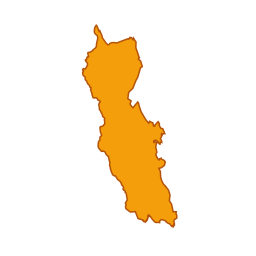 Ezeres pag., Saldus, Latvia, rotated 74°
{"feature_id": "27541924B94087058681493", "entity_name": "Ezeres pag.", "entity_type": "district", "adm_level": 2, "iso_a3": "LVA", "parent_name": "Latvia", "parent_adm1": "Saldus", "projection": "equal_earth", "projection_center": [22.341, 56.433], "detail": "fine", "context": "isolated", "style": "filled", "palette": "amber", "viewbox_px": 256, "rotation_deg": 74, "n_neighbors": 0, "source": "geoboundaries", "source_scale": "gbopen_adm2", "svg_char_len": 5818}
<svg xmlns="http://www.w3.org/2000/svg" viewBox="0 0 256 256"><g transform="rotate(74 128 128)"><path d="M20.5,130.2L21.2,131.2L22.5,132.3L24.1,133.1L25.6,133.7L26.5,133.9L27.4,133.8L29.0,133.3L30.5,132.2L31.1,132.1L32.4,132.1L33.7,132.5L34.7,133.0L37.5,134.6L39.3,135.4L40.8,135.9L41.6,136.6L41.9,137.0L42.4,137.9L43.0,139.5L43.4,140.2L43.8,140.5L44.1,141.3L44.2,142.0L44.7,143.2L44.6,144.4L44.4,145.3L44.5,145.7L44.8,145.9L45.4,146.1L46.6,146.2L48.1,146.1L48.7,146.4L48.8,146.7L48.4,147.1L48.4,147.4L49.4,148.4L50.8,148.9L50.9,149.3L50.7,149.7L50.7,149.9L50.8,150.2L51.0,150.3L51.4,150.3L52.1,150.1L52.7,150.0L53.4,149.5L54.7,149.2L55.5,149.3L56.0,149.5L56.4,149.7L56.9,150.1L57.3,150.6L58.0,151.1L58.7,152.0L59.4,152.5L59.5,153.2L59.5,153.3L59.2,153.7L58.8,154.0L58.6,154.2L59.0,155.3L59.4,155.6L59.9,155.6L60.7,155.2L61.3,155.2L61.7,155.5L61.7,156.0L62.1,156.3L64.3,156.6L64.9,156.6L65.8,156.2L66.9,155.4L67.3,155.2L67.7,155.2L68.6,155.6L70.0,155.7L71.1,155.0L74.3,154.5L76.5,153.4L78.2,153.3L78.4,153.2L78.7,152.6L79.1,152.4L79.7,152.5L80.6,153.4L80.9,153.5L81.7,153.3L83.5,153.3L84.1,153.2L85.2,153.1L85.7,153.3L86.2,153.4L87.6,153.2L89.1,153.3L89.7,152.6L89.9,152.2L89.9,151.5L90.0,150.5L90.2,150.2L90.7,149.8L91.7,149.3L92.4,149.3L93.1,149.1L93.4,148.7L93.6,148.3L93.9,147.8L94.3,147.5L94.8,147.5L95.4,147.7L95.7,148.4L97.1,149.5L97.9,149.7L100.3,149.9L101.7,150.3L102.0,150.4L102.5,150.3L104.0,149.7L105.6,149.6L108.0,149.0L108.8,149.0L109.5,149.2L109.9,149.2L110.3,149.0L111.5,148.0L112.2,147.8L112.5,147.9L113.4,148.4L115.7,148.8L116.2,148.8L117.2,149.1L117.8,149.5L118.0,149.7L118.1,150.2L118.5,150.6L119.1,151.4L119.1,151.6L119.1,151.8L119.3,152.2L119.4,152.7L119.3,153.0L119.0,153.5L119.3,154.4L119.5,154.7L120.1,154.9L120.7,154.9L121.5,155.2L124.1,155.6L127.5,155.3L127.8,155.5L128.4,156.0L128.6,156.8L128.8,157.2L129.5,157.6L131.7,158.3L132.2,158.6L132.3,158.9L132.3,159.2L132.4,159.4L133.4,160.3L135.7,161.3L137.8,161.8L138.9,161.8L139.9,161.5L140.9,160.9L141.3,160.6L142.1,160.6L142.9,160.0L143.1,159.9L143.3,159.5L143.4,159.0L143.3,158.5L143.4,158.1L144.0,157.4L144.4,157.0L145.1,156.6L146.9,156.4L147.7,156.1L149.4,155.2L149.9,154.7L150.4,154.7L151.3,154.8L152.3,154.8L154.1,155.0L155.1,155.0L155.7,154.8L157.4,155.5L158.9,155.9L159.2,156.1L160.9,155.8L161.9,156.1L163.0,156.2L164.5,156.0L166.2,156.0L167.9,155.7L168.9,155.5L169.2,155.3L170.2,154.4L170.5,153.8L170.5,153.5L170.8,153.2L174.0,152.3L175.0,151.9L176.5,150.7L177.5,150.2L178.6,150.0L179.9,149.5L180.2,149.5L180.6,149.8L180.9,149.8L181.8,149.2L183.6,148.7L184.1,148.7L184.8,149.0L185.0,149.5L185.6,149.6L185.9,149.5L186.2,149.4L186.3,149.2L186.9,149.0L187.0,148.9L186.9,148.6L187.2,148.3L187.5,148.2L188.1,148.1L188.5,148.3L189.3,148.5L189.4,148.4L189.5,148.0L189.6,147.9L190.6,147.8L196.1,148.4L196.8,148.6L197.2,148.9L198.1,149.8L198.5,150.1L199.2,151.0L199.5,151.2L199.8,151.3L200.6,150.9L200.9,150.9L201.6,151.2L202.6,152.0L203.0,152.1L203.8,152.1L204.8,152.3L207.1,150.7L207.9,150.0L208.7,149.6L209.6,148.5L209.9,146.4L210.1,145.6L210.4,144.0L217.9,143.3L219.8,140.1L220.7,139.1L220.8,139.4L221.0,139.4L221.6,138.8L222.2,138.7L222.3,138.6L222.4,138.1L222.7,137.9L222.6,137.5L222.9,137.4L222.6,137.2L222.9,136.9L222.8,136.1L221.8,135.8L221.4,135.5L221.4,135.3L221.8,135.1L221.8,134.9L221.2,134.5L220.3,134.4L220.2,134.3L220.3,133.9L220.2,133.7L219.7,133.6L219.5,133.4L218.2,133.3L217.7,133.1L217.8,132.9L218.4,132.9L218.6,132.4L218.9,131.9L218.8,131.7L218.5,131.7L217.6,131.9L217.4,131.9L217.4,131.7L218.6,131.4L219.3,130.9L222.7,129.7L225.6,128.2L226.0,127.8L226.6,127.1L227.0,125.0L227.7,123.7L225.9,123.0L225.2,121.2L226.8,118.4L228.0,117.4L228.0,117.1L228.5,117.0L228.9,117.1L229.2,116.8L229.8,116.4L230.8,115.6L231.0,115.3L231.2,114.8L231.9,114.2L233.7,113.5L234.2,113.1L234.7,113.0L235.1,112.4L235.0,112.1L235.4,112.0L235.5,111.9L235.2,111.7L234.8,111.7L235.0,111.5L234.7,111.3L234.2,111.1L234.5,111.0L234.5,110.8L234.1,110.7L234.1,110.4L233.6,110.4L233.7,110.1L233.0,110.1L232.8,109.8L232.5,109.9L229.0,109.2L229.0,109.3L228.1,106.0L225.6,105.2L223.6,105.5L221.8,104.7L220.9,107.7L213.3,107.1L209.3,108.3L204.3,106.2L203.7,106.1L198.9,106.2L194.2,108.0L194.3,108.2L193.5,108.5L191.3,109.5L188.3,110.1L184.4,110.2L180.8,109.4L179.2,108.9L177.9,109.0L175.2,109.5L175.4,107.0L174.4,104.4L174.2,103.7L173.8,103.2L170.9,101.5L169.2,102.1L166.8,104.8L166.2,104.6L166.3,105.1L166.2,105.3L166.2,105.9L167.2,106.5L167.0,107.3L166.4,107.5L165.4,107.9L164.4,108.0L164.3,108.4L161.0,108.5L159.2,106.9L153.9,106.6L150.9,105.1L150.2,104.1L149.0,105.5L149.2,107.0L147.7,107.0L147.2,105.0L148.7,103.4L152.1,102.2L152.3,101.5L150.7,101.0L150.9,99.9L151.2,99.5L149.5,99.3L148.4,99.5L147.4,99.9L146.7,99.3L146.5,99.0L145.4,98.0L144.5,98.0L144.5,97.4L142.9,97.5L142.6,97.2L143.6,96.4L143.2,95.9L143.6,94.2L142.4,94.5L141.7,94.3L139.0,94.8L138.8,94.6L138.0,95.1L137.4,96.5L137.2,96.6L133.8,97.3L132.9,96.7L132.5,96.6L130.2,97.3L132.6,101.3L133.6,101.7L133.3,102.8L133.2,102.9L129.9,102.7L128.7,104.2L127.5,105.3L129.1,106.7L125.0,108.6L116.2,110.9L109.9,111.2L107.2,111.0L106.4,111.2L105.7,111.5L109.9,117.7L107.6,118.9L105.4,119.4L102.8,117.5L99.8,120.1L94.0,117.6L92.1,114.2L91.3,112.5L87.4,109.5L86.0,108.5L86.0,108.4L84.1,106.9L81.8,104.6L73.6,99.4L73.3,98.4L73.3,98.0L72.9,97.6L72.7,97.3L67.1,97.4L64.8,99.0L63.8,98.5L63.6,97.7L62.4,98.0L62.2,97.9L56.7,98.1L54.7,98.3L52.5,98.2L47.6,96.6L46.8,96.9L43.3,97.9L44.7,98.6L44.7,98.8L44.1,99.1L42.5,99.5L41.8,100.1L42.2,100.8L41.6,101.2L42.4,102.1L42.6,102.9L42.3,102.9L42.4,103.6L42.2,103.8L43.1,114.9L43.0,115.8L42.9,116.2L41.9,118.0L41.5,121.2L41.6,121.8L42.3,122.9L42.6,123.6L42.6,124.1L42.5,124.5L42.0,124.7L40.5,125.6L39.8,125.9L34.4,127.7L33.8,127.8L32.2,127.6L26.7,128.3L27.2,129.1L22.3,129.6L21.5,129.7L21.5,129.8L20.5,130.2Z" fill="#f59e0b" stroke="#b45309" stroke-width="1.5"/></g></svg>